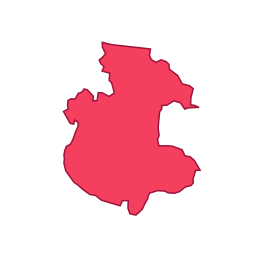 Ivorá, Rio Grande do Sul, Brazil (Robinson projection), rotated 323°
{"feature_id": "56859067B71259707194731", "entity_name": "Ivorá", "entity_type": "district", "adm_level": 2, "iso_a3": "BRA", "parent_name": "Brazil", "parent_adm1": "Rio Grande do Sul", "projection": "robinson", "projection_center": [-53.578, -29.511], "detail": "fine", "context": "isolated", "style": "filled", "palette": "rose", "viewbox_px": 256, "rotation_deg": 323, "n_neighbors": 0, "source": "geoboundaries", "source_scale": "gbopen_adm2", "svg_char_len": 1451}
<svg xmlns="http://www.w3.org/2000/svg" viewBox="0 0 256 256"><g transform="rotate(323 128 128)"><path d="M203.8,135.8L202.5,131.1L197.9,125.5L199.3,115.9L198.0,111.7L196.4,105.8L199.0,101.9L198.4,97.9L195.5,93.5L189.8,92.4L187.8,87.3L188.8,83.0L193.5,78.4L167.0,53.4L164.4,50.8L159.0,44.1L156.2,48.1L154.8,55.3L148.9,56.4L145.9,56.3L145.0,60.4L145.8,64.4L141.6,67.0L146.4,73.3L141.6,78.6L142.0,82.1L140.6,86.1L138.0,91.8L131.9,91.4L128.6,84.4L125.5,81.8L119.9,87.5L116.3,85.2L119.4,82.0L118.6,73.1L116.5,70.4L112.6,71.6L109.1,70.4L103.1,73.1L100.1,70.4L96.7,69.9L93.4,73.5L91.9,76.8L86.4,76.0L84.6,89.5L86.9,92.2L90.2,89.6L91.5,93.7L88.8,96.8L83.1,100.0L76.5,104.4L71.9,106.3L67.8,105.5L63.8,108.1L60.6,111.0L58.6,114.4L55.6,117.6L52.5,124.8L52.3,132.7L52.2,139.0L53.8,143.9L54.9,149.7L57.5,158.1L61.5,162.3L63.4,169.8L74.9,185.4L79.8,182.7L84.5,186.2L79.7,192.0L77.9,197.7L81.9,202.3L86.8,201.9L90.9,201.3L96.1,198.4L100.9,196.5L103.3,194.4L106.2,193.0L113.8,195.8L119.2,200.3L121.0,203.9L125.9,208.1L130.8,209.8L138.2,209.6L143.8,211.9L147.2,211.0L149.4,207.7L156.6,202.6L160.2,205.1L161.5,193.7L160.2,188.2L156.7,184.6L158.1,178.0L152.4,169.1L149.5,166.6L142.0,160.8L144.6,155.0L148.3,152.8L151.1,147.7L153.5,144.5L160.6,136.7L163.1,134.1L166.5,133.1L168.4,130.3L172.6,133.1L180.9,133.9L185.0,139.4L184.7,147.1L188.2,148.1L197.2,154.3L194.5,149.6L191.9,147.3L196.5,141.6L203.8,135.8Z" fill="#f43f5e" stroke="#9f1239" stroke-width="1.5"/></g></svg>